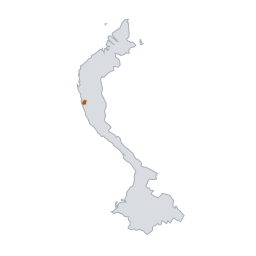 location of An Nhon, Bình Định, Vietnam, rotated 173°
{"feature_id": "81297802B14138193507010", "entity_name": "An Nhon", "entity_type": "district", "adm_level": 2, "iso_a3": "VNM", "parent_name": "Vietnam", "parent_adm1": "Bình Định", "projection": "natural_earth1", "projection_center": [109.077, 13.858], "detail": "fine", "context": "in_parent", "style": "filled", "palette": "amber", "viewbox_px": 256, "rotation_deg": 173, "n_neighbors": 0, "source": "geoboundaries", "source_scale": "gbopen_adm2", "svg_char_len": 4548}
<svg xmlns="http://www.w3.org/2000/svg" viewBox="0 0 256 256"><g transform="rotate(173 128 128)"><path d="M154.8,47.0L152.8,47.1L150.7,49.0L147.9,50.3L147.2,53.6L144.9,55.2L143.8,54.4L141.4,55.2L138.9,54.4L139.8,58.3L137.2,61.4L137.5,63.3L136.8,64.8L132.5,69.2L131.2,69.3L130.2,70.0L128.1,75.1L127.8,79.4L126.8,81.9L125.9,82.9L125.6,84.2L128.9,91.0L131.1,93.7L133.3,95.1L136.5,99.1L136.0,100.2L136.2,102.5L134.7,101.8L134.9,102.1L136.7,103.3L139.4,107.6L144.1,112.2L144.9,114.5L149.5,118.2L149.3,118.7L152.6,121.7L153.0,122.9L155.4,122.8L157.6,126.3L158.4,126.3L158.6,127.8L162.2,133.7L165.3,136.7L166.7,142.2L168.6,146.4L168.6,148.8L171.3,159.0L171.1,160.3L170.6,159.0L170.6,162.8L171.1,164.9L170.9,167.4L172.8,172.1L173.1,177.3L171.7,175.1L170.2,176.6L171.3,180.4L170.1,180.0L170.2,185.0L170.7,186.7L170.6,187.4L170.0,186.1L169.5,188.5L170.0,190.1L169.1,191.9L168.0,192.0L167.3,195.8L165.2,196.1L163.7,197.8L161.9,198.4L158.4,201.6L156.1,202.2L155.0,204.8L153.0,205.1L145.7,209.5L144.8,208.4L143.5,208.0L142.5,205.6L141.8,209.4L141.2,209.7L140.1,209.0L139.0,207.5L137.5,208.5L139.2,208.8L139.6,209.8L139.4,211.0L135.7,210.9L139.0,212.5L139.7,213.6L138.1,215.4L138.1,216.7L137.3,217.3L135.5,216.2L131.6,212.0L136.2,217.9L137.0,220.5L135.9,221.7L134.6,221.8L132.4,220.0L128.9,215.8L127.7,215.3L131.8,221.2L132.4,222.5L132.0,224.1L123.6,228.5L121.3,232.8L118.7,235.3L115.9,236.0L114.4,235.7L116.0,233.6L115.0,232.8L115.4,221.0L116.1,218.0L118.5,216.7L118.5,216.1L117.7,214.3L115.7,213.6L114.8,212.3L113.1,212.8L110.1,209.3L111.9,207.7L115.5,207.5L117.9,205.0L117.6,202.3L117.9,202.0L121.3,202.9L122.5,201.4L126.8,200.8L128.1,202.7L129.1,202.4L131.1,203.6L131.9,203.7L131.5,201.8L131.9,200.1L128.1,196.4L128.1,191.4L129.0,191.1L130.0,189.6L134.9,190.7L135.1,186.8L138.7,186.4L139.5,185.3L141.6,184.9L145.1,181.6L146.6,181.4L147.4,182.3L148.8,180.8L149.4,178.2L148.4,171.0L150.1,165.1L146.7,155.0L147.1,151.5L148.1,150.3L149.2,147.4L149.1,144.1L148.5,142.5L149.5,141.4L150.7,138.5L149.6,136.5L146.1,133.2L144.7,130.5L147.5,128.3L147.5,127.0L141.7,122.5L140.8,120.1L139.4,121.0L138.3,120.4L137.0,118.1L136.4,113.7L135.5,113.0L133.6,109.8L130.3,106.9L126.4,102.2L125.6,100.8L125.2,98.6L123.6,96.1L122.0,95.6L119.3,92.4L119.0,91.1L119.7,88.8L117.8,87.7L114.4,86.6L104.3,79.3L106.4,76.7L105.8,74.3L106.0,73.8L108.9,73.7L112.9,74.7L114.8,72.7L115.7,70.5L117.2,68.8L117.2,67.9L116.2,66.1L114.3,66.1L113.4,63.6L110.3,62.6L112.3,60.9L113.0,59.6L110.1,57.0L107.0,55.2L104.3,56.5L102.2,58.6L101.3,58.9L94.7,56.0L91.7,50.5L92.9,46.1L92.9,44.4L91.7,43.7L91.3,42.6L90.3,44.5L89.4,44.5L88.5,41.2L87.3,40.4L82.9,34.2L84.3,32.9L86.4,29.4L87.2,28.8L91.6,31.2L93.5,33.2L95.4,31.8L95.4,31.1L97.8,28.5L99.8,31.2L101.4,28.3L105.3,31.9L105.9,31.2L106.7,28.7L107.8,28.0L108.7,27.9L109.7,29.3L110.6,29.4L112.5,28.0L114.5,27.7L115.8,26.4L116.2,23.6L116.7,23.1L121.8,20.0L123.8,21.7L125.1,24.0L126.9,24.7L128.7,26.2L130.2,26.0L130.7,25.5L132.5,25.5L134.1,27.2L137.3,26.5L140.2,28.4L139.2,30.4L137.8,31.4L137.4,32.4L137.4,34.8L138.6,36.2L138.7,40.1L139.5,39.8L142.5,40.9L143.6,42.8L145.1,43.9L146.2,44.0L147.2,45.5L148.2,45.0L148.7,45.7L150.8,45.4L152.2,44.8L154.8,47.0ZM105.6,209.6L105.7,212.0L105.0,214.9L104.2,211.7L102.9,209.9L104.6,209.0L105.6,209.6ZM150.3,51.3L148.5,53.1L147.8,53.1L148.7,50.5L150.3,51.3ZM143.2,58.1L142.7,58.2L141.7,57.0L142.2,56.4L143.4,56.8L143.6,57.4L143.2,58.1ZM149.3,55.5L148.6,55.9L147.7,55.8L149.6,53.9L149.3,55.5ZM140.3,55.5L141.0,57.4L140.0,56.4L140.3,55.5ZM144.9,208.8L143.5,210.4L143.4,209.6L144.9,208.8ZM138.0,234.2L136.9,234.2L138.1,233.3L138.0,234.2Z" fill="#d9dde1" stroke="#a8b0b8" stroke-width="1"/><path d="M169.7,157.8L169.7,157.7L169.4,157.6L169.5,157.6L169.4,157.6L169.2,157.7L169.1,157.8L169.1,157.7L169.1,157.8L169.0,157.7L168.9,157.7L168.7,157.5L168.7,157.4L168.6,157.5L168.4,157.6L168.2,157.6L168.1,157.8L168.1,157.7L167.9,157.5L167.9,157.4L167.7,157.4L167.8,157.5L167.8,157.8L167.8,158.0L167.7,158.1L167.4,158.2L167.4,158.3L167.5,158.3L167.6,158.5L167.7,158.8L167.6,159.0L167.4,159.2L167.4,159.3L167.2,159.4L167.2,159.5L167.2,159.4L167.2,159.5L167.0,159.4L166.9,159.4L166.9,159.5L167.0,159.5L166.9,159.6L167.0,159.6L167.1,159.8L167.3,160.0L167.5,160.1L167.5,160.3L167.6,160.5L167.7,160.4L167.8,160.4L167.9,160.2L167.9,159.9L168.0,159.9L168.1,160.0L168.2,159.9L168.3,159.9L168.3,159.7L168.4,159.4L168.5,159.4L168.8,159.4L168.8,159.2L169.0,159.1L169.1,158.9L169.2,158.7L169.0,158.4L169.0,158.2L169.3,158.2L169.5,158.0L169.8,158.0L169.8,157.9L169.7,157.9L169.7,157.8Z" fill="#f59e0b" stroke="#b45309" stroke-width="1.5"/></g></svg>